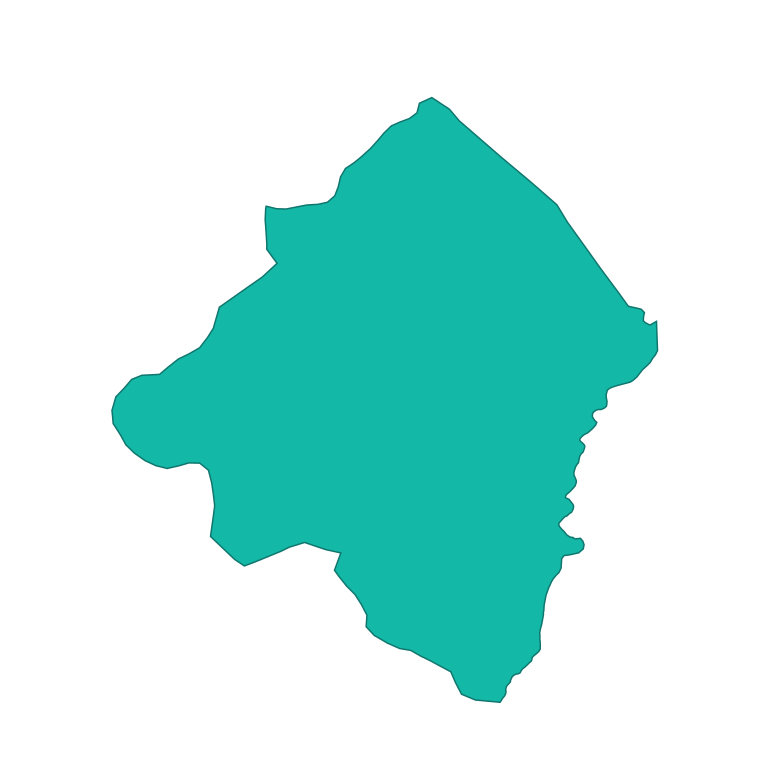 Bani Al Awam, Hajjah, Yemen (Albers equal-area conic projection), rotated 282°
{"feature_id": "15242507B30221832933741", "entity_name": "Bani Al Awam", "entity_type": "district", "adm_level": 2, "iso_a3": "YEM", "parent_name": "Yemen", "parent_adm1": "Hajjah", "projection": "albers", "projection_center": [43.596, 15.581], "detail": "fine", "context": "isolated", "style": "filled", "palette": "teal", "viewbox_px": 768, "rotation_deg": 282, "n_neighbors": 0, "source": "geoboundaries", "source_scale": "gbopen_adm2", "svg_char_len": 3611}
<svg xmlns="http://www.w3.org/2000/svg" viewBox="0 0 768 768"><g transform="rotate(282 384 384)"><path d="M198.8,246.0L181.4,274.3L177.0,285.2L183.4,295.2L199.1,318.2L204.7,325.3L212.5,339.3L210.2,358.7L209.9,361.6L209.8,376.9L191.5,374.3L186.4,379.9L186.1,380.3L178.6,389.4L172.0,399.5L163.5,407.8L154.3,415.4L142.9,417.0L136.0,426.8L132.6,437.2L131.2,441.4L128.5,454.5L129.0,465.4L126.3,474.0L125.5,476.4L122.8,487.3L119.6,498.1L116.4,509.2L107.1,515.8L96.7,524.3L93.9,539.1L96.8,563.7L98.8,564.5L101.3,565.4L103.9,566.8L106.2,567.4L108.6,567.3L110.2,566.6L112.2,566.6L114.2,566.8L116.3,568.1L118.7,569.5L120.4,569.4L121.5,569.6L123.9,570.1L126.0,571.4L127.4,573.1L128.5,575.6L129.8,577.2L132.1,577.8L134.4,578.9L136.6,580.8L139.3,582.7L141.5,584.1L143.4,585.6L145.2,585.9L147.5,585.9L149.1,586.9L152.0,589.2L154.7,591.1L156.9,591.8L157.1,591.9L160.0,591.4L164.2,590.4L166.7,589.5L170.1,588.9L172.5,588.1L176.0,587.9L178.0,588.0L181.3,588.2L185.7,588.1L191.7,587.9L194.0,587.3L195.2,587.5L201.0,586.6L206.8,586.5L210.9,586.4L211.6,586.5L218.5,587.4L225.7,589.0L228.6,590.0L232.9,592.3L235.9,594.3L240.8,595.5L250.1,594.1L253.6,595.8L255.4,600.9L259.3,609.5L264.1,613.2L268.4,613.1L271.7,611.1L273.9,608.2L272.2,603.3L273.2,600.4L272.9,599.0L273.3,596.8L274.6,593.9L277.2,590.8L279.0,587.9L281.5,584.8L281.9,584.7L282.8,584.2L284.4,584.1L286.5,585.3L288.8,586.6L291.8,588.5L293.3,590.7L295.4,591.9L297.6,594.1L300.8,595.0L301.3,595.0L303.9,594.9L305.5,593.9L306.1,593.2L307.3,591.7L309.6,589.1L310.1,586.8L310.6,585.2L312.0,584.9L313.8,585.5L315.5,586.8L317.7,588.4L320.7,590.3L324.0,592.1L327.0,592.5L329.1,592.4L331.2,591.1L331.5,590.8L333.0,589.8L334.7,588.6L336.6,588.2L338.9,588.2L342.6,588.6L345.1,589.3L347.4,590.6L349.8,590.5L351.9,590.5L354.0,590.5L356.5,591.3L358.7,592.8L362.3,593.4L364.2,593.4L365.1,593.3L366.5,592.1L367.7,590.1L368.7,588.3L369.9,587.1L371.0,587.1L372.3,587.6L373.5,588.3L375.1,589.5L376.9,591.2L378.0,592.8L380.3,594.8L384.3,597.6L387.9,599.6L390.7,600.1L390.9,599.8L392.2,597.6L394.8,595.1L395.4,594.6L397.2,594.3L399.2,594.3L400.8,595.4L401.4,595.9L402.5,596.9L403.7,599.2L404.1,601.3L404.2,601.7L406.2,604.5L407.1,605.2L408.5,606.2L410.6,606.1L413.2,605.8L413.9,605.5L416.6,604.4L419.1,603.6L422.2,603.6L424.5,603.8L426.6,605.5L428.3,607.8L430.4,611.4L431.0,612.5L433.7,617.8L437.0,624.4L439.4,626.9L443.5,629.9L447.4,631.8L451.7,633.9L456.3,637.2L460.4,639.9L464.9,641.4L468.9,643.4L473.6,644.6L501.9,637.5L496.9,631.9L497.9,628.4L498.2,627.1L499.8,624.5L503.5,623.9L508.0,623.9L510.6,620.1L510.8,615.3L510.8,606.9L522.1,594.4L542.2,571.6L556.6,555.9L580.5,529.7L595.2,515.9L602.9,502.1L612.0,485.7L630.3,451.3L657.0,403.0L666.4,390.8L674.1,371.2L666.0,360.3L656.1,359.9L648.9,353.6L643.7,345.4L638.1,337.6L629.6,331.9L622.7,328.2L620.4,327.0L611.5,321.8L603.5,316.0L602.3,315.2L594.8,309.2L594.3,308.8L586.8,301.5L577.4,298.4L576.6,298.4L567.8,298.3L558.0,296.8L550.0,290.9L546.0,282.0L543.0,271.2L539.1,261.9L538.4,260.4L534.8,251.8L533.9,247.0L533.1,242.5L533.4,231.8L531.0,231.8L520.0,233.6L508.0,237.1L496.5,240.3L491.4,241.3L479.8,254.3L475.2,251.1L463.2,242.6L450.8,231.0L424.9,207.0L403.1,205.5L392.7,201.7L381.1,196.1L372.6,186.6L365.8,177.8L364.4,176.6L356.1,169.7L351.2,165.9L346.7,162.4L342.2,145.4L336.1,136.3L325.5,130.5L315.7,124.4L308.3,123.9L301.6,123.4L296.0,125.2L289.0,127.3L279.4,136.8L270.9,144.1L264.6,154.0L259.4,166.1L256.7,177.8L256.3,189.6L256.9,190.7L261.0,199.7L265.2,207.6L266.2,209.4L268.3,220.2L263.2,230.2L251.5,236.0L246.9,237.7L240.7,240.0L229.7,243.7L218.5,244.6L198.8,246.0Z" fill="#14b8a6" stroke="#0f766e" stroke-width="1.5"/></g></svg>